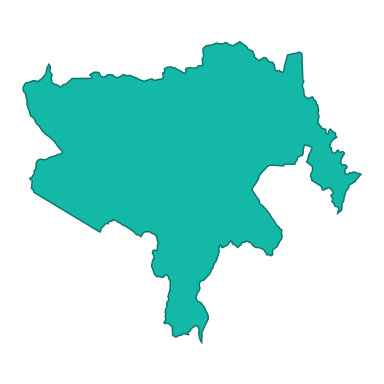 the district of Jequié, Bahia, Brazil
{"feature_id": "56859067B57487356001023", "entity_name": "Jequié", "entity_type": "district", "adm_level": 2, "iso_a3": "BRA", "parent_name": "Brazil", "parent_adm1": "Bahia", "projection": "natural_earth1", "projection_center": [-40.087, -13.948], "detail": "fine", "context": "isolated", "style": "filled", "palette": "teal", "viewbox_px": 384, "rotation_deg": 0, "n_neighbors": 0, "source": "geoboundaries", "source_scale": "gbopen_adm2", "svg_char_len": 5911}
<svg xmlns="http://www.w3.org/2000/svg" viewBox="0 0 384 384"><path d="M281.8,229.7L280.6,229.3L279.7,228.4L279.0,227.0L277.7,226.4L276.6,225.0L274.5,221.4L271.3,217.2L270.0,214.5L265.9,209.2L262.5,205.7L260.2,204.1L259.4,202.1L259.2,200.6L258.4,199.0L257.0,197.5L252.2,190.2L252.3,188.2L255.9,183.2L258.5,178.7L259.4,175.6L260.2,174.3L264.2,169.9L265.5,168.9L266.4,167.3L269.3,165.4L277.6,165.4L282.0,165.9L283.8,165.8L284.3,164.0L294.8,164.3L295.3,162.2L296.7,160.8L297.7,157.6L300.3,155.6L301.6,155.7L302.7,154.8L303.2,152.7L303.1,149.5L304.6,144.7L310.4,146.5L311.9,147.6L310.3,152.7L309.3,153.7L308.2,157.1L308.0,159.1L306.6,161.8L312.4,166.5L312.6,170.8L311.0,173.5L310.6,175.6L310.7,177.0L311.7,178.7L311.8,180.4L321.2,186.2L322.3,189.7L323.5,190.1L328.3,187.8L329.5,187.8L332.0,190.5L333.4,192.5L332.7,194.0L331.5,194.5L331.0,196.1L332.1,197.2L332.7,198.7L331.9,201.5L333.4,203.0L335.2,206.4L338.6,207.1L338.7,209.0L337.7,213.3L341.5,210.3L342.1,206.5L341.8,205.1L342.2,203.1L343.4,201.5L343.9,199.9L344.1,197.5L345.8,191.9L346.5,190.4L348.1,188.9L348.7,187.5L348.8,186.0L349.5,184.5L352.2,183.5L353.4,182.3L355.2,181.7L355.7,180.2L361.0,174.3L359.0,173.4L357.4,173.5L355.5,172.4L354.0,172.0L351.4,172.9L349.7,172.9L347.3,174.7L346.0,174.0L345.1,173.2L344.9,171.2L345.1,169.0L346.5,168.2L347.1,166.7L345.2,164.8L342.1,165.0L340.5,162.0L341.6,158.6L344.4,153.4L343.6,152.0L342.3,151.7L340.6,152.2L339.4,151.9L338.0,150.1L336.7,151.1L335.9,152.4L334.5,153.2L332.9,152.9L331.9,151.5L331.4,149.9L331.5,148.0L330.0,147.1L329.8,145.6L330.5,144.5L330.8,142.7L331.7,141.0L333.4,139.7L334.5,138.3L335.7,138.1L336.7,137.2L335.5,135.5L335.5,133.2L333.4,132.0L330.1,129.1L328.2,131.9L328.6,133.5L327.3,134.3L326.0,133.3L325.7,131.9L325.9,130.6L325.4,129.2L321.9,128.4L320.9,126.3L319.6,125.6L319.0,124.0L317.8,122.8L319.0,115.9L318.3,114.5L318.0,112.2L318.7,110.9L317.7,105.1L316.3,104.1L316.3,102.3L315.4,100.8L313.3,99.3L313.4,97.9L312.2,96.8L309.7,98.1L308.2,98.4L306.3,97.6L304.2,95.3L303.6,89.5L302.9,87.9L302.3,84.8L303.8,81.5L302.8,79.5L301.9,53.8L300.6,52.6L298.7,52.2L297.2,52.9L287.7,54.9L284.5,65.8L283.7,71.7L281.9,72.3L279.1,70.4L277.3,71.1L275.6,70.4L274.7,67.9L274.3,64.8L272.4,62.2L270.7,62.3L268.8,61.4L267.5,60.2L266.8,58.6L265.4,57.6L263.6,57.6L261.9,59.0L260.2,59.4L259.2,60.8L258.0,60.1L254.3,56.6L254.4,54.6L253.4,53.3L253.0,51.7L251.4,50.5L248.4,49.6L246.1,46.2L239.7,41.7L238.2,42.9L235.5,44.1L234.3,45.4L232.9,45.6L229.3,44.6L226.4,42.7L224.5,42.9L223.2,43.8L221.1,43.9L219.8,43.9L217.2,43.1L215.9,43.2L211.2,45.3L208.3,45.3L205.9,46.0L205.0,47.1L203.8,47.7L203.0,48.9L203.0,52.0L203.6,55.5L203.3,57.5L202.3,58.5L202.5,63.3L203.0,65.5L198.3,65.9L197.4,67.2L195.5,68.0L191.5,68.0L189.6,67.6L187.3,68.0L185.7,69.1L186.0,71.6L185.0,73.4L183.5,73.0L180.1,70.7L177.8,70.0L175.1,67.9L173.6,67.8L171.0,66.9L167.6,67.2L164.6,68.7L164.5,72.6L162.7,73.1L162.8,74.9L163.5,77.3L162.2,78.8L154.3,80.4L152.3,79.0L150.9,79.0L144.1,81.3L139.9,79.8L135.8,77.7L130.0,75.4L127.4,75.7L125.7,75.5L123.7,74.5L118.1,77.7L115.1,77.0L112.7,75.0L108.5,74.6L107.2,75.0L105.4,76.6L103.7,77.2L100.5,76.1L99.2,72.8L97.1,72.2L93.7,72.3L89.9,74.9L91.8,76.6L91.5,78.4L72.2,78.5L66.0,84.2L64.2,84.3L62.5,85.3L61.5,86.9L60.0,87.3L58.8,85.7L53.6,83.8L52.1,82.5L51.1,78.3L52.1,75.1L51.6,73.7L50.5,72.6L49.8,70.5L50.4,68.3L50.2,66.4L48.9,64.3L47.0,68.1L45.8,73.9L41.4,79.1L39.8,80.0L39.1,81.3L33.1,80.7L28.9,82.4L25.8,82.9L24.5,84.5L23.0,88.0L23.6,91.6L25.4,93.4L26.9,100.3L27.0,104.2L27.7,106.8L29.5,111.4L30.1,114.7L30.9,116.3L32.4,116.9L33.8,118.1L35.9,122.5L37.0,124.1L39.5,126.5L41.8,130.3L45.7,134.3L49.9,137.2L54.8,141.9L58.5,147.4L62.2,151.2L62.3,152.8L60.8,153.9L57.7,154.6L55.0,155.9L49.9,157.3L46.3,159.4L45.0,159.8L40.0,159.2L38.0,160.3L36.7,161.8L36.1,163.7L36.3,165.6L35.3,169.9L34.1,170.8L34.3,172.6L33.9,174.4L32.9,175.4L32.4,176.7L29.7,178.7L30.7,179.6L32.1,180.2L32.0,183.9L31.4,188.3L33.4,190.2L33.9,192.3L99.8,232.0L100.8,230.4L101.0,228.4L103.9,225.9L104.9,224.2L106.4,223.6L108.2,223.7L109.0,221.8L110.2,221.2L111.8,221.3L112.6,219.7L116.9,221.0L117.8,222.1L120.7,223.3L122.1,224.7L125.4,226.1L129.3,228.5L134.1,232.0L135.0,233.3L136.6,234.6L140.0,235.7L140.9,236.7L142.9,233.5L144.1,232.3L145.8,231.7L150.0,231.8L151.2,232.9L154.1,234.1L155.5,235.2L156.9,237.6L157.2,239.9L158.1,242.4L157.5,246.0L157.2,250.2L155.8,250.7L154.5,249.9L152.9,250.8L152.4,253.1L153.6,255.2L154.2,257.8L153.1,259.5L152.4,261.4L151.5,266.6L152.4,267.9L153.7,272.1L155.3,275.5L156.8,276.5L160.3,276.8L161.9,277.3L163.4,277.1L165.9,274.7L167.6,275.1L169.3,279.6L170.3,280.8L170.1,289.2L168.0,296.7L168.7,298.7L168.5,300.1L166.9,302.5L166.7,304.4L167.0,306.5L165.9,308.8L165.0,312.3L166.2,313.9L165.4,315.2L165.3,317.3L165.9,319.6L163.9,322.5L165.1,323.7L166.5,323.1L168.1,323.2L172.4,327.0L172.1,328.9L172.6,330.8L172.5,335.0L174.2,336.3L176.0,337.1L177.7,336.0L179.4,335.4L181.2,335.3L183.5,333.6L184.8,333.7L187.4,334.6L188.6,334.6L187.8,332.5L190.3,331.0L190.5,329.5L193.1,327.2L196.0,325.4L197.2,326.0L198.5,327.8L199.2,330.0L198.7,333.3L198.9,335.1L200.4,340.4L201.7,342.3L201.7,339.4L202.1,335.4L201.7,333.2L202.4,331.0L207.8,319.9L208.3,318.7L208.0,314.8L205.0,309.1L204.6,307.5L202.2,304.6L201.2,302.8L199.3,301.8L197.6,301.5L196.6,299.5L196.0,297.5L197.5,293.0L199.2,290.4L199.8,288.7L199.8,287.3L199.2,285.3L199.5,283.4L200.4,281.0L203.9,280.1L209.4,274.2L211.1,271.1L211.8,269.1L212.8,268.1L213.8,264.5L216.5,260.4L219.0,252.4L219.1,250.5L218.6,248.4L220.0,245.3L221.5,246.1L221.5,247.6L222.7,247.5L227.7,244.9L230.8,240.5L231.8,241.6L232.2,243.2L233.6,244.6L235.2,244.9L236.4,246.4L237.8,247.5L241.0,244.7L242.2,242.5L244.9,242.2L246.2,241.0L251.2,243.0L252.9,245.6L255.7,247.5L259.0,247.6L263.4,249.3L266.3,253.4L266.6,254.8L268.1,254.6L271.3,255.7L272.6,254.7L272.4,250.9L273.5,249.0L276.6,247.3L279.4,241.9L281.8,238.5L282.0,236.5L281.4,231.5L281.8,229.7Z" fill="#14b8a6" stroke="#0f766e" stroke-width="1.5"/></svg>